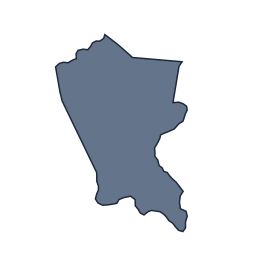 Cordeiro, Rio de Janeiro, Brazil (orthographic projection), rotated 21°
{"feature_id": "56859067B26605122636621", "entity_name": "Cordeiro", "entity_type": "district", "adm_level": 2, "iso_a3": "BRA", "parent_name": "Brazil", "parent_adm1": "Rio de Janeiro", "projection": "orthographic", "projection_center": [-42.325, -22.061], "detail": "fine", "context": "isolated", "style": "filled", "palette": "slate", "viewbox_px": 256, "rotation_deg": 21, "n_neighbors": 0, "source": "geoboundaries", "source_scale": "gbopen_adm2", "svg_char_len": 1222}
<svg xmlns="http://www.w3.org/2000/svg" viewBox="0 0 256 256"><g transform="rotate(21 128 128)"><path d="M183.7,195.6L187.9,194.7L192.1,195.6L195.5,197.2L199.3,199.8L203.8,200.8L207.6,203.2L212.0,205.4L216.4,205.0L217.5,200.6L215.4,195.2L214.9,189.1L212.0,184.9L205.9,184.6L202.6,178.7L201.1,172.6L202.2,167.4L197.7,164.6L192.4,161.4L187.6,159.6L183.7,157.6L180.6,155.5L177.0,155.7L174.2,153.0L170.5,151.9L167.3,147.3L163.1,144.7L161.9,141.0L159.9,137.1L160.9,131.8L161.4,126.4L160.9,122.6L163.5,120.1L167.0,116.9L171.5,112.3L173.9,106.0L176.9,101.9L176.7,97.6L176.5,94.0L176.8,90.0L175.0,86.8L170.9,85.6L166.2,85.7L160.9,88.2L153.5,52.2L154.7,46.8L106.9,60.6L100.8,58.2L95.9,56.4L89.9,54.2L86.6,53.1L72.9,49.1L73.2,53.1L70.4,57.1L67.1,58.2L64.4,61.2L63.7,65.8L62.3,69.4L57.8,70.5L53.5,73.5L52.9,77.3L54.9,81.7L51.7,84.8L48.6,88.6L44.1,89.8L40.6,92.6L38.5,96.9L51.8,119.1L56.8,126.3L64.5,133.6L114.8,180.9L117.9,188.9L121.3,192.9L122.6,196.6L122.4,200.8L123.0,205.9L126.9,208.8L131.7,209.2L135.9,207.4L139.4,205.5L144.6,202.3L145.2,198.0L149.4,194.2L155.0,190.7L160.3,192.3L162.7,198.0L167.0,200.5L169.9,203.0L174.1,203.4L176.7,199.0L179.3,196.6L183.7,195.6Z" fill="#64748b" stroke="#1e293b" stroke-width="1.5"/></g></svg>